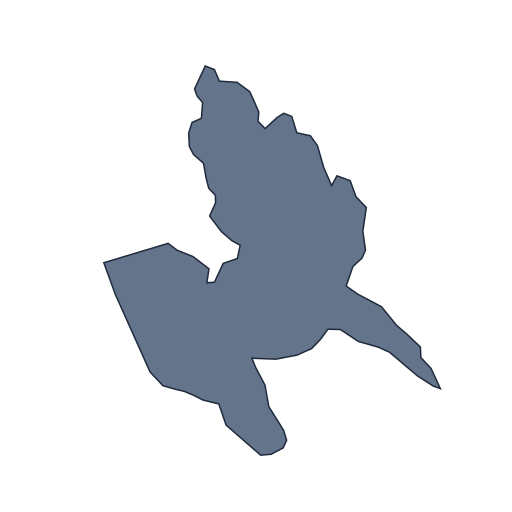 Poço Dantas, Rio Grande do Norte, Brazil (Albers equal-area conic projection), rotated 77°
{"feature_id": "56859067B46276558587081", "entity_name": "Poço Dantas", "entity_type": "district", "adm_level": 2, "iso_a3": "BRA", "parent_name": "Brazil", "parent_adm1": "Rio Grande do Norte", "projection": "albers", "projection_center": [-38.522, -6.388], "detail": "fine", "context": "isolated", "style": "filled", "palette": "slate", "viewbox_px": 512, "rotation_deg": 77, "n_neighbors": 0, "source": "geoboundaries", "source_scale": "gbopen_adm2", "svg_char_len": 1254}
<svg xmlns="http://www.w3.org/2000/svg" viewBox="0 0 512 512"><g transform="rotate(77 256 256)"><path d="M223.9,338.8L228.3,405.8L261.8,401.7L345.2,385.3L361.5,375.8L367.8,364.4L371.7,356.4L377.8,348.0L384.5,340.0L391.8,325.5L414.0,323.2L451.1,296.3L452.6,286.0L449.1,272.7L442.4,267.6L432.0,268.3L405.7,277.4L383.8,276.3L364.1,281.5L354.7,283.0L358.5,269.0L361.0,259.7L361.8,238.2L358.7,222.6L351.9,212.1L343.5,202.4L346.6,190.4L362.3,175.5L372.5,157.1L379.8,147.6L409.2,125.6L422.4,112.8L426.7,106.2L405.0,110.7L392.1,118.2L381.7,116.3L366.9,126.0L355.4,134.5L333.6,145.2L316.3,165.2L305.6,174.9L288.1,164.0L281.9,153.2L275.0,148.0L255.8,146.3L233.6,137.6L220.8,145.2L203.8,147.3L196.1,159.1L204.4,166.5L185.0,170.1L162.3,171.3L151.1,176.0L145.1,188.5L128.0,189.8L123.2,196.8L125.7,204.1L133.9,218.5L125.2,223.7L116.4,220.9L104.9,223.0L94.5,225.1L82.5,235.4L77.4,252.3L65.0,254.6L59.4,262.7L79.4,278.3L86.9,277.4L94.5,273.5L109.5,278.2L111.5,288.3L121.2,294.0L134.4,296.3L143.1,294.0L153.9,286.3L169.3,287.1L179.4,286.8L187.8,281.9L195.2,283.5L206.6,292.2L224.4,284.3L235.4,276.3L242.0,269.0L254.2,274.7L255.8,289.6L272.2,302.4L271.0,309.9L257.9,304.7L242.4,317.5L232.6,331.6L223.9,338.8Z" fill="#64748b" stroke="#1e293b" stroke-width="1.5"/></g></svg>